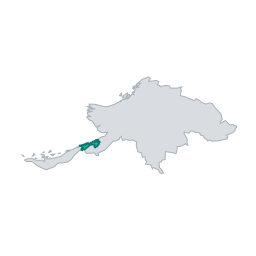 Mawlamyine, Mon, Myanmar shown in context, rotated 84°
{"feature_id": "60261553B68016490563167", "entity_name": "Mawlamyine", "entity_type": "district", "adm_level": 2, "iso_a3": "MMR", "parent_name": "Myanmar", "parent_adm1": "Mon", "projection": "orthographic", "projection_center": [97.813, 15.742], "detail": "fine", "context": "in_parent", "style": "filled", "palette": "teal", "viewbox_px": 256, "rotation_deg": 84, "n_neighbors": 0, "source": "geoboundaries", "source_scale": "gbopen_adm2", "svg_char_len": 7853}
<svg xmlns="http://www.w3.org/2000/svg" viewBox="0 0 256 256"><g transform="rotate(84 128 128)"><path d="M165.8,114.3L163.2,113.0L161.4,114.2L158.5,113.8L158.8,116.3L157.2,117.1L154.3,116.9L152.6,120.7L146.6,121.7L142.7,121.0L140.5,124.4L140.4,128.2L139.3,130.5L139.8,134.5L137.2,135.6L135.6,135.4L136.5,137.2L138.5,138.0L139.7,142.2L139.3,143.8L147.5,153.3L150.0,160.9L152.0,159.8L152.6,160.6L151.8,162.6L149.3,164.1L148.9,172.1L144.8,174.0L144.9,176.7L145.4,178.6L149.1,183.9L153.2,187.5L155.5,191.4L156.0,197.0L155.4,199.4L156.5,202.8L158.7,205.0L161.1,213.9L156.3,221.8L151.3,227.0L150.7,232.5L149.1,234.3L148.4,232.6L148.0,226.9L150.4,223.2L151.1,216.2L152.7,214.7L151.8,214.0L149.9,214.5L150.6,208.8L149.5,208.6L150.4,207.4L149.2,197.9L145.4,191.2L144.9,188.3L144.3,192.2L143.9,191.5L143.8,186.2L141.6,180.5L141.8,180.0L142.8,180.5L141.9,179.2L141.1,179.5L140.5,178.1L139.4,166.2L137.9,164.5L138.5,159.4L139.5,158.1L135.6,158.6L133.8,154.3L133.7,152.0L129.8,148.4L130.4,149.5L129.8,150.7L130.4,152.7L128.8,156.4L127.2,158.1L125.0,158.8L123.4,157.7L123.0,155.8L122.3,155.7L123.8,159.5L117.5,162.7L116.6,164.9L113.3,167.8L112.3,167.4L112.8,163.5L110.9,166.6L108.3,166.7L107.8,162.4L106.7,164.9L105.1,165.6L105.7,158.5L105.2,160.6L102.7,163.3L100.2,164.2L100.9,158.4L104.3,149.2L104.6,146.2L103.0,138.7L100.2,132.5L101.1,132.4L99.2,130.6L99.0,126.0L97.8,127.6L97.6,130.5L95.2,129.0L92.9,124.9L93.9,124.6L96.6,126.5L98.1,125.5L98.5,124.2L94.4,120.2L95.5,118.7L94.1,118.7L90.5,116.7L89.5,117.0L89.9,118.7L89.1,119.2L87.8,116.6L88.8,115.4L88.0,115.3L88.6,113.1L88.3,112.8L86.5,115.7L85.5,115.0L86.7,113.5L86.3,112.6L84.8,110.8L84.8,114.0L81.2,109.0L79.3,102.2L81.0,100.6L83.8,102.6L83.8,94.4L85.1,92.6L88.1,94.2L89.0,92.1L90.2,91.6L89.6,85.9L90.6,82.3L92.6,81.7L93.1,78.8L93.5,74.8L92.7,70.4L94.5,71.5L96.5,71.1L101.2,72.7L103.1,67.6L107.7,59.3L106.1,57.3L106.4,56.2L110.3,51.8L112.4,47.9L111.6,44.4L112.5,41.6L116.0,39.8L123.7,34.1L129.3,33.3L131.6,35.6L133.1,35.8L130.8,30.4L135.6,26.4L135.5,23.2L137.7,19.9L138.9,20.0L140.1,21.6L141.3,21.6L143.5,24.1L145.5,30.8L147.1,29.6L149.2,30.5L150.2,40.6L149.7,46.4L148.4,47.7L149.4,50.1L147.4,51.0L146.0,53.3L144.0,53.5L142.6,56.7L140.6,57.2L139.5,59.7L139.7,61.6L138.1,62.7L137.5,66.0L139.0,67.3L139.4,69.0L137.9,72.7L139.2,72.8L144.8,70.4L148.7,70.8L151.4,70.2L149.7,72.7L151.4,76.0L151.8,81.0L157.8,82.3L158.7,83.6L157.4,85.2L155.4,93.3L163.3,94.4L163.6,97.5L165.3,98.6L165.5,100.4L166.6,100.9L170.8,100.8L173.3,98.6L176.5,97.6L176.7,99.4L176.0,100.7L172.5,102.6L170.2,106.3L170.1,107.2L171.2,107.9L167.1,109.4L165.8,114.3ZM95.4,122.8L97.9,124.3L97.4,125.5L95.8,125.5L94.6,123.5L95.4,122.8ZM146.2,203.5L147.9,205.9L146.2,207.5L146.2,203.5ZM94.9,133.0L93.6,132.1L92.7,130.8L95.6,130.9L94.9,133.0ZM148.6,213.7L148.7,216.8L147.6,216.5L147.0,213.9L148.6,213.7ZM104.1,164.2L102.3,166.2L102.1,164.5L104.5,162.1L104.1,164.2ZM137.8,161.8L136.8,161.2L136.7,159.4L137.5,158.9L138.1,159.7L137.8,161.8ZM145.2,217.5L144.9,216.5L146.1,214.0L145.9,216.2L145.2,217.5ZM144.6,223.3L146.0,225.7L145.8,226.1L144.4,224.3L143.6,224.4L144.6,223.3ZM149.6,211.9L148.1,212.6L148.0,210.5L149.6,211.9ZM146.0,234.1L144.0,236.1L144.3,235.0L146.0,234.1ZM87.3,116.9L87.9,119.5L86.8,116.4L87.3,116.9ZM146.2,198.6L146.2,200.5L145.7,197.4L146.2,198.6ZM93.1,118.8L93.3,120.5L92.2,118.2L93.1,118.8ZM144.2,209.7L143.1,208.7L143.5,208.0L144.0,208.2L144.2,209.7ZM143.4,206.9L142.7,208.2L141.9,207.4L142.5,206.9L143.4,206.9ZM143.6,214.6L143.6,215.7L142.8,213.1L143.6,214.6ZM106.7,166.6L105.9,166.6L107.0,165.3L107.1,165.8L106.7,166.6ZM148.9,223.5L148.1,223.3L148.7,222.1L148.9,223.5Z" fill="#d9dde1" stroke="#a8b0b8" stroke-width="1"/><path d="M140.9,158.4L140.6,158.7L140.4,158.8L139.9,158.6L139.8,158.4L139.7,158.2L139.1,158.2L138.9,158.3L138.8,158.7L138.7,158.9L138.4,158.9L138.3,159.0L138.4,159.4L138.3,159.7L138.3,159.9L138.5,160.2L138.4,160.3L138.2,160.5L138.3,160.6L138.5,161.1L138.5,161.5L138.5,162.2L138.2,163.2L138.1,163.3L137.9,163.6L138.0,163.6L137.6,163.8L137.8,164.4L137.8,164.5L138.0,164.6L138.0,164.8L138.1,165.1L138.2,165.3L138.5,165.5L138.8,165.7L138.9,165.8L139.2,166.1L139.3,166.3L139.2,166.4L139.5,166.4L139.4,166.5L139.4,167.3L139.4,167.5L139.2,167.6L139.4,168.0L139.5,168.1L139.4,168.2L139.5,168.6L139.6,168.8L139.6,169.2L139.6,169.3L139.7,169.7L139.8,169.7L139.9,170.2L140.0,170.2L139.9,170.2L139.8,170.3L139.7,170.6L139.9,171.0L140.0,171.3L140.1,171.7L140.2,171.8L139.9,171.9L140.0,172.0L139.9,172.0L139.7,171.8L139.6,172.3L139.5,172.5L139.4,172.5L139.5,172.7L139.6,172.9L139.5,173.2L139.6,173.6L139.9,174.0L140.0,174.1L140.3,174.2L140.3,173.9L140.3,174.0L140.5,174.0L140.6,173.9L140.7,174.0L140.8,174.2L140.8,174.3L140.7,174.4L140.7,174.2L140.4,174.2L140.2,174.3L140.3,174.5L140.4,174.8L140.4,175.2L140.4,175.3L140.3,175.6L140.2,175.6L140.3,176.0L140.2,176.2L140.3,176.5L140.3,176.4L140.5,176.3L140.4,176.4L140.4,176.5L140.5,176.8L140.4,177.1L140.2,177.5L140.3,177.7L140.3,177.8L140.5,177.7L140.5,177.8L140.8,177.8L140.7,177.6L140.8,177.4L140.8,177.2L141.0,177.3L141.1,177.2L141.1,176.8L141.2,176.7L141.1,176.3L141.2,176.2L141.3,175.7L141.2,175.5L141.3,175.5L141.6,175.6L141.8,175.6L141.9,175.8L142.0,175.7L142.0,175.8L142.0,175.6L142.2,175.4L142.4,175.4L142.5,175.4L142.8,175.2L142.9,175.3L142.9,175.5L143.1,175.5L143.1,175.9L143.2,176.0L143.3,175.9L143.3,176.0L143.5,176.3L143.7,176.5L143.9,176.5L144.0,176.5L144.3,176.6L144.5,176.6L144.7,176.8L144.8,176.7L145.0,176.6L145.0,176.2L145.3,175.9L145.1,175.8L145.1,175.7L144.8,175.5L144.8,175.4L144.7,175.3L144.7,175.1L144.8,174.9L144.7,174.8L144.8,174.7L145.0,174.3L145.0,174.2L144.9,174.0L144.8,173.7L144.9,173.4L144.7,173.0L144.7,172.8L144.4,172.6L144.2,172.6L144.1,172.4L144.0,172.1L143.9,171.9L143.6,171.5L143.4,171.3L143.4,171.2L143.3,170.9L143.2,170.7L143.0,170.4L142.7,170.1L142.6,169.9L142.4,169.5L142.2,169.5L142.0,169.3L142.0,168.9L141.8,168.9L141.8,169.0L141.7,169.0L141.6,168.9L141.6,168.7L141.2,168.6L141.1,168.4L141.1,168.2L141.2,167.9L141.3,167.8L141.1,167.5L141.1,167.3L141.0,167.1L141.0,166.8L140.9,166.7L140.7,166.3L140.8,166.2L140.7,165.8L140.8,165.7L140.8,165.3L140.7,165.0L140.9,164.8L140.9,164.6L141.1,164.5L141.1,164.3L140.9,164.1L140.9,163.9L140.7,163.6L140.5,163.3L140.8,163.1L141.2,163.1L141.3,163.1L141.5,163.1L141.9,163.1L142.0,163.1L142.1,162.9L142.3,163.0L142.5,163.0L142.9,163.0L143.1,163.3L143.2,163.2L143.2,163.3L143.4,163.3L143.5,163.3L143.5,163.2L144.0,162.9L144.0,162.7L144.0,162.4L143.8,162.3L143.5,161.9L143.5,161.6L143.4,161.4L143.1,161.1L142.7,160.9L142.5,160.3L142.4,160.0L142.5,160.0L142.4,159.8L142.5,159.8L142.4,159.7L142.3,159.8L142.2,159.8L141.7,159.8L141.5,159.4L141.4,159.3L141.0,159.1L140.9,159.0L140.9,158.9L140.9,158.7L141.0,158.6L140.9,158.4L140.9,158.4ZM137.2,158.9L136.8,158.8L136.6,159.0L136.4,159.1L136.3,159.4L136.3,159.5L136.5,159.7L136.5,159.8L136.6,160.0L136.7,160.6L136.6,160.9L136.5,161.0L136.7,161.3L136.8,161.4L136.7,161.5L136.8,161.6L137.0,161.7L137.1,161.9L137.0,162.1L137.2,162.3L137.3,162.4L137.7,162.4L137.7,161.9L137.7,161.6L137.6,161.4L137.8,160.9L138.0,160.5L137.9,160.3L137.9,160.1L138.2,159.4L138.1,159.0L137.8,159.0L137.4,158.9L137.2,158.9ZM138.0,161.9L138.2,161.7L138.1,161.4L138.1,161.0L138.0,160.8L137.9,160.9L137.8,161.2L137.8,161.3L137.8,161.5L138.0,161.9ZM138.7,157.8L138.7,158.0L138.9,158.2L139.0,158.1L139.3,157.9L139.2,157.7L138.9,157.8L138.7,157.8ZM138.7,158.1L138.7,157.9L138.6,158.0L138.4,158.4L138.4,158.5L138.8,158.4L138.7,158.1L138.7,158.1ZM138.4,158.5L138.5,158.0L138.7,157.7L138.5,157.9L138.3,158.0L138.4,158.5ZM138.8,170.6L138.8,170.4L138.8,170.0L138.7,170.0L138.8,169.7L138.6,169.6L138.7,170.1L138.8,170.2L138.8,170.4L138.7,170.5L138.8,170.6ZM138.2,160.4L138.2,160.1L138.2,160.4ZM139.6,175.8L139.7,175.7L139.6,175.8ZM138.6,158.8L138.8,158.7L138.7,158.6L138.6,158.8ZM139.7,175.5L139.7,175.3L139.7,175.5L139.7,175.5Z" fill="#14b8a6" stroke="#0f766e" stroke-width="1.5"/></g></svg>